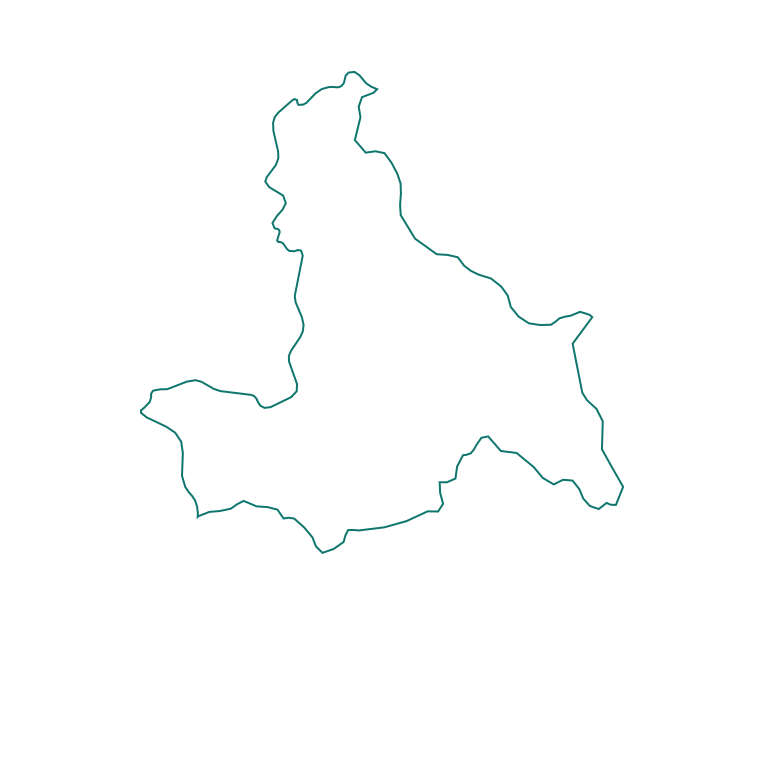 SVG path tracing the border of Xékong, rotated 220°
{"feature_id": "LAO-3295", "entity_name": "Xékong", "entity_type": "Province", "adm_level": 1, "iso_a3": "LAO", "parent_name": "Laos", "parent_adm1": "", "projection": "orthographic", "projection_center": [107.128, 15.614], "detail": "fine", "context": "isolated", "style": "outline", "palette": "teal", "viewbox_px": 768, "rotation_deg": 220, "n_neighbors": 0, "source": "natural_earth", "source_scale": "10m", "svg_char_len": 2554}
<svg xmlns="http://www.w3.org/2000/svg" viewBox="0 0 768 768"><g transform="rotate(220 384 384)"><path d="M441.4,162.6L443.7,165.6L448.3,169.9L454.0,173.4L459.0,174.9L464.2,175.7L470.1,177.4L479.8,183.9L493.6,201.7L502.2,209.4L512.6,212.5L523.5,211.3L544.2,205.9L551.5,205.7L553.2,207.5L552.4,212.0L552.4,212.7L551.9,219.4L553.6,223.8L556.2,226.9L556.6,230.4L552.2,235.9L546.7,240.7L536.5,259.2L530.9,265.7L525.5,268.3L511.2,270.9L504.6,273.5L478.6,290.4L475.5,291.3L472.1,290.7L468.6,289.0L464.8,287.9L460.2,288.9L456.1,293.2L446.7,314.2L446.2,322.3L450.5,328.0L471.1,340.1L474.9,344.3L476.6,349.9L478.3,366.0L480.0,372.1L483.6,377.6L489.8,382.4L504.1,389.7L508.9,394.0L528.7,430.0L533.3,432.9L536.0,431.3L538.3,427.8L542.1,425.1L544.8,425.0L552.2,426.9L554.4,426.2L556.3,424.8L558.1,425.2L560.2,430.0L561.3,432.9L563.0,434.5L565.1,434.5L567.8,432.9L572.9,435.6L574.0,443.3L573.8,452.5L575.4,459.4L582.4,463.5L598.5,461.0L605.1,462.8L606.3,465.9L606.8,467.3L607.6,482.2L610.1,489.1L614.6,494.1L631.3,506.7L636.8,512.7L639.2,518.1L639.4,524.1L636.6,542.5L635.5,544.9L633.1,545.6L631.2,543.8L629.0,542.8L625.5,546.1L624.1,549.7L623.3,562.4L621.3,569.8L617.4,575.6L615.1,577.9L609.7,581.9L608.1,584.9L608.2,588.7L611.6,595.7L611.3,599.8L607.2,604.1L601.4,604.7L591.1,602.9L585.0,603.5L578.8,605.4L579.2,600.4L585.2,589.6L581.7,580.3L573.5,573.2L563.1,552.1L546.7,549.5L540.1,556.8L532.0,561.2L520.4,558.3L508.9,553.6L500.1,548.2L493.4,540.7L486.8,531.5L479.7,524.1L453.6,515.3L427.0,517.3L418.2,523.8L409.0,528.5L398.5,526.1L390.2,526.5L382.1,528.5L369.9,533.6L356.9,534.0L346.1,531.3L336.4,524.5L324.3,522.2L312.1,523.6L302.2,529.6L294.2,536.7L292.7,541.9L291.8,547.1L288.7,551.8L284.9,556.3L280.2,565.3L272.0,568.8L269.5,569.3L267.4,569.0L265.4,536.1L226.5,504.8L218.2,502.1L205.1,501.5L192.4,496.0L175.1,474.1L156.0,466.8L134.7,458.9L128.6,440.4L132.8,437.2L137.0,436.0L139.1,426.3L147.8,422.9L157.7,424.3L167.0,429.1L177.5,431.2L185.3,425.7L189.4,416.2L202.0,414.1L215.9,416.6L238.1,416.4L251.4,407.8L270.5,410.8L274.8,405.4L274.0,396.6L273.0,391.7L273.0,386.6L275.6,382.4L277.7,380.2L275.0,367.9L268.5,357.5L272.6,349.2L278.2,344.5L270.9,336.6L261.7,330.2L260.6,321.1L268.7,314.5L278.6,293.5L291.7,274.3L309.1,255.7L313.8,252.4L317.6,249.0L316.1,242.9L313.4,237.1L316.5,225.3L322.6,215.1L331.8,215.9L340.2,220.5L352.9,222.8L366.3,223.2L371.2,220.2L374.5,216.4L384.8,219.3L394.0,214.9L402.9,208.4L416.4,204.2L419.2,197.5L421.2,190.0L428.1,181.2L435.6,173.7L441.1,163.6L441.4,162.7L441.4,162.6Z" fill="none" stroke="#0f766e" stroke-width="2"/></g></svg>